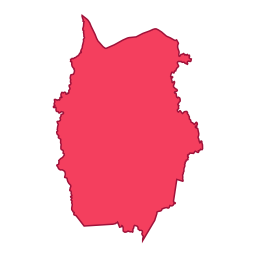 Atalaya, Veraguas, Panama
{"feature_id": "35544464B38923835463224", "entity_name": "Atalaya", "entity_type": "district", "adm_level": 2, "iso_a3": "PAN", "parent_name": "Panama", "parent_adm1": "Veraguas", "projection": "equal_earth", "projection_center": [-80.908, 8.019], "detail": "fine", "context": "isolated", "style": "filled", "palette": "rose", "viewbox_px": 256, "rotation_deg": 0, "n_neighbors": 0, "source": "geoboundaries", "source_scale": "gbopen_adm2", "svg_char_len": 5668}
<svg xmlns="http://www.w3.org/2000/svg" viewBox="0 0 256 256"><path d="M142.7,240.6L154.7,220.4L156.9,213.5L156.8,212.8L157.0,212.1L158.0,211.5L160.8,210.9L161.6,210.1L162.1,208.9L165.1,207.8L167.1,207.6L167.9,208.1L168.5,208.0L169.1,207.6L170.0,205.5L171.1,205.9L172.4,205.7L173.2,205.1L174.0,203.5L174.8,203.7L175.2,203.4L175.3,203.0L174.9,202.6L173.6,201.9L173.5,201.1L176.8,179.4L182.6,181.2L183.1,180.9L182.6,178.4L182.8,177.3L182.6,174.8L183.2,173.8L183.3,172.6L183.9,171.3L183.9,168.7L184.9,165.9L184.6,164.4L185.1,163.8L185.1,162.2L185.9,161.6L186.3,160.1L187.7,159.8L188.0,159.4L187.7,158.7L187.8,158.2L188.4,157.3L188.2,156.9L187.8,156.8L187.6,156.5L187.8,155.9L187.6,155.0L188.0,154.7L188.4,154.8L188.7,154.3L189.1,154.2L189.9,153.1L193.6,153.4L194.9,151.5L195.3,151.2L197.6,152.4L198.3,152.4L198.7,151.8L198.5,150.7L199.6,150.6L200.5,149.3L201.1,149.6L202.2,149.6L202.6,148.7L202.5,144.8L201.9,142.9L201.8,141.4L201.1,141.0L200.2,142.7L199.8,142.8L199.1,140.8L198.7,138.9L198.1,137.7L198.1,136.9L198.7,135.3L198.8,133.7L197.7,128.6L195.9,127.7L195.4,127.3L195.4,126.6L195.6,126.3L196.4,127.1L196.7,126.9L196.7,125.7L197.4,124.1L197.0,122.8L196.5,122.3L196.1,122.4L194.3,124.3L192.7,122.9L191.1,122.1L190.5,119.9L189.4,119.0L189.3,116.7L189.0,116.3L188.4,114.8L187.4,113.7L187.5,112.5L186.8,111.5L186.1,111.4L184.3,111.7L182.6,113.5L181.9,113.0L180.3,110.8L179.7,110.8L178.5,112.0L177.9,111.7L177.4,110.8L177.3,109.9L178.7,108.4L178.4,106.8L178.9,105.6L177.9,104.9L177.8,104.2L178.3,103.8L178.9,102.5L180.1,101.2L180.2,100.1L179.9,98.4L179.5,97.8L178.2,97.2L177.7,97.8L176.6,97.0L176.1,93.6L175.8,93.3L174.8,93.1L174.5,92.7L174.5,92.3L174.7,91.9L176.8,91.1L177.2,90.7L177.3,90.2L176.8,89.4L175.4,88.7L173.5,86.8L173.5,85.7L174.4,83.3L174.6,82.0L174.2,81.5L172.6,82.6L172.2,82.5L171.9,80.7L171.2,78.4L171.4,78.1L172.4,77.8L172.7,77.1L172.1,76.6L171.0,77.1L170.6,76.4L170.9,74.5L171.8,72.3L172.2,72.2L173.3,72.9L173.9,72.9L174.2,72.2L174.4,71.3L174.7,71.0L175.6,71.0L176.6,68.4L178.5,66.5L178.6,65.8L177.6,63.9L177.4,63.2L177.4,62.4L177.8,61.9L178.5,61.4L180.5,61.6L181.0,61.4L182.2,62.3L183.9,62.2L184.5,62.5L184.8,63.1L187.4,64.3L187.7,63.8L187.6,63.2L187.2,62.6L187.6,61.6L188.4,61.1L190.1,61.5L190.6,61.4L191.0,60.8L191.3,59.0L190.3,58.8L189.3,58.0L189.2,57.1L189.6,56.3L189.4,55.3L188.5,55.5L187.3,54.4L186.3,55.1L185.6,54.6L184.8,54.9L183.7,53.5L181.9,54.4L181.0,54.5L179.9,56.1L179.3,56.3L178.9,55.9L178.8,54.0L179.1,52.9L179.0,51.5L178.0,48.8L177.6,47.1L177.7,45.0L178.4,43.6L178.4,43.2L176.6,39.9L175.5,40.4L174.6,40.3L170.4,37.9L166.5,36.2L161.6,32.0L158.2,29.8L156.2,28.9L154.8,28.9L153.0,29.4L149.5,31.0L142.9,33.4L136.1,36.9L129.1,37.6L127.5,38.0L123.0,40.0L114.3,44.8L106.3,48.3L105.2,48.3L103.0,46.7L97.9,40.9L96.6,38.4L95.0,34.3L91.1,26.3L89.7,22.9L88.1,20.4L86.7,19.0L82.1,15.4L82.0,16.0L82.7,18.8L83.2,19.7L83.0,21.2L84.0,21.6L83.7,23.2L83.5,26.3L82.8,28.6L82.9,30.1L83.7,30.8L83.5,32.5L83.7,33.0L83.7,33.8L83.9,34.6L83.9,36.5L84.4,37.2L84.5,37.8L83.4,39.4L83.6,41.1L82.4,45.9L82.1,48.3L81.4,49.4L80.9,50.7L81.3,52.0L81.2,52.4L80.5,52.1L80.0,53.4L79.6,53.5L78.7,55.2L78.3,55.4L78.0,55.9L77.3,56.1L75.6,57.5L74.4,57.8L74.2,58.1L73.2,58.7L72.1,58.4L71.5,59.1L70.6,59.4L70.8,60.4L70.5,61.4L70.7,61.6L71.6,61.8L71.8,63.7L71.7,64.5L72.2,66.4L73.5,68.2L74.0,68.5L73.9,69.2L74.4,70.2L74.5,70.9L74.1,72.8L73.4,74.2L71.1,74.8L70.7,75.1L70.2,77.9L70.3,78.7L70.7,79.4L70.4,82.0L70.9,82.8L70.9,83.7L70.2,84.9L69.4,85.0L69.1,85.6L69.2,86.5L69.7,87.6L70.0,88.7L69.8,89.2L68.8,90.5L68.9,91.2L68.7,93.0L68.4,93.3L67.8,93.1L67.6,93.4L67.5,93.8L66.2,94.2L65.9,93.9L65.8,92.8L65.4,92.4L64.3,92.2L63.3,92.9L62.3,92.4L61.8,92.4L61.0,94.2L60.9,95.0L61.1,96.0L61.8,97.1L61.8,97.5L61.6,97.6L60.6,97.2L60.2,97.4L59.9,97.9L59.8,99.6L59.6,99.9L59.2,100.1L58.2,99.7L57.3,100.3L55.6,99.4L54.5,99.5L54.4,99.9L54.8,102.0L54.2,103.4L54.1,104.1L54.9,105.3L54.7,105.7L53.6,106.2L53.4,106.8L53.5,107.3L54.1,107.7L55.1,107.2L55.8,107.4L56.0,108.0L56.0,110.0L56.2,110.9L56.9,111.5L58.1,111.6L59.0,113.0L59.6,113.0L61.4,111.6L63.3,112.2L63.5,112.6L63.4,113.6L61.1,114.7L60.9,116.4L60.0,117.9L60.5,119.5L60.3,120.4L58.9,121.3L57.4,121.4L57.1,121.7L57.5,123.0L58.3,124.2L57.5,127.2L57.5,128.2L57.2,129.4L57.6,130.4L57.6,131.1L56.8,131.7L56.7,132.7L57.3,134.4L58.3,135.2L58.7,135.8L58.7,136.4L58.3,137.0L58.5,137.8L60.7,139.3L60.6,142.8L61.2,144.5L60.9,146.6L60.9,148.7L61.4,149.6L62.7,150.2L63.2,150.8L63.3,151.4L63.1,153.2L64.0,153.6L64.3,155.1L62.5,157.5L60.8,158.5L58.8,160.5L59.0,161.7L58.7,164.1L58.3,164.5L57.1,164.8L56.8,165.7L57.6,166.5L58.4,168.3L59.0,169.1L60.3,169.9L62.3,169.8L64.2,171.0L64.8,171.7L65.2,173.0L65.3,174.2L65.2,175.2L64.7,176.8L64.7,177.4L66.2,177.8L67.0,178.3L67.5,180.6L67.9,181.7L68.9,183.4L70.6,185.2L70.7,185.8L70.8,186.7L70.2,187.8L70.2,188.7L69.9,189.3L69.8,190.2L69.9,190.6L70.7,190.9L71.1,191.5L71.3,192.3L71.1,193.5L71.9,195.4L71.7,196.1L70.8,196.3L70.6,196.7L70.8,197.2L71.7,197.6L71.9,198.0L71.0,199.6L71.1,200.1L71.8,200.6L72.0,201.1L71.7,202.8L72.3,204.5L71.7,208.2L71.8,209.8L72.6,210.7L73.0,211.8L74.2,212.5L74.1,213.1L73.8,213.6L73.9,214.7L75.3,215.4L76.0,215.5L84.1,226.0L112.8,224.2L115.5,223.6L116.1,223.0L116.9,222.9L117.5,222.1L117.8,222.5L119.6,227.2L121.2,226.8L121.8,225.6L122.4,226.0L123.1,227.5L123.2,231.0L124.4,232.0L125.1,232.2L126.3,232.0L128.1,231.1L130.1,231.8L131.7,231.7L132.6,232.1L132.9,231.6L132.9,229.3L133.6,228.2L134.0,226.1L134.6,225.4L135.4,225.6L136.8,226.0L137.5,226.5L138.0,227.4L138.1,229.1L138.8,229.5L139.6,230.4L141.0,230.3L141.9,230.7L142.3,231.1L142.5,232.3L141.9,233.4L141.9,234.0L142.6,235.5L143.2,236.1L143.2,236.9L142.7,239.0L142.7,240.6Z" fill="#f43f5e" stroke="#9f1239" stroke-width="1.5"/></svg>